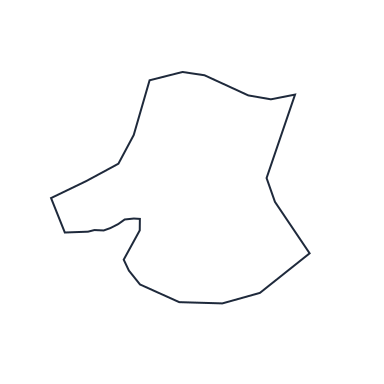 map outline of Gornja Radgona (Natural Earth projection), rotated 337°
{"feature_id": "SVN-927", "entity_name": "Gornja Radgona", "entity_type": "Municipality", "adm_level": 1, "iso_a3": "SVN", "parent_name": "Slovenia", "parent_adm1": "", "projection": "natural_earth1", "projection_center": [15.951, 46.64], "detail": "fine", "context": "isolated", "style": "outline", "palette": "slate", "viewbox_px": 384, "rotation_deg": 337, "n_neighbors": 0, "source": "natural_earth", "source_scale": "10m", "svg_char_len": 528}
<svg xmlns="http://www.w3.org/2000/svg" viewBox="0 0 384 384"><g transform="rotate(337 192 192)"><path d="M196.6,72.6L230.1,77.8L249.1,89.4L281.4,124.9L281.6,125.1L300.8,137.5L324.9,142.6L266.1,208.3L264.5,233.5L276.3,294.4L215.1,311.4L176.4,306.4L137.2,288.4L108.0,256.8L103.2,239.7L102.7,227.6L128.9,206.9L133.5,196.4L128.1,193.7L119.3,191.0L111.5,192.7L102.7,193.3L95.7,192.9L87.3,188.9L80.8,187.9L59.1,179.6L59.9,142.5L99.2,140.6L135.3,137.2L160.6,116.8L196.6,72.6Z" fill="none" stroke="#1e293b" stroke-width="2"/></g></svg>